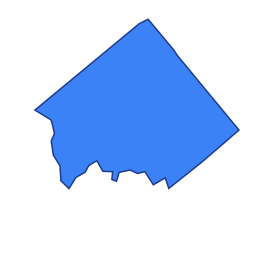 the district of Brown, Illinois, United States of America, rotated 140°
{"feature_id": "52423323B24893766187997", "entity_name": "Brown", "entity_type": "district", "adm_level": 2, "iso_a3": "USA", "parent_name": "United States of America", "parent_adm1": "Illinois", "projection": "equal_earth", "projection_center": [-90.654, 39.973], "detail": "fine", "context": "isolated", "style": "filled", "palette": "blue", "viewbox_px": 256, "rotation_deg": 140, "n_neighbors": 0, "source": "geoboundaries", "source_scale": "gbopen_adm2", "svg_char_len": 526}
<svg xmlns="http://www.w3.org/2000/svg" viewBox="0 0 256 256"><g transform="rotate(140 128 128)"><path d="M212.2,119.5L199.6,123.6L189.3,121.7L182.0,124.5L172.9,122.9L175.1,111.0L167.9,104.4L173.5,98.9L171.0,94.6L163.3,99.7L153.5,94.5L149.9,87.0L143.1,83.7L145.1,68.2L131.5,65.9L135.6,55.5L93.5,54.4L44.3,55.1L43.6,151.4L42.8,158.9L42.7,198.4L52.4,200.7L187.8,201.6L181.8,183.8L182.8,181.0L187.8,171.2L195.2,167.3L202.6,155.3L204.5,142.6L213.3,130.7L212.2,119.5Z" fill="#3b82f6" stroke="#1e3a8a" stroke-width="1.5"/></g></svg>